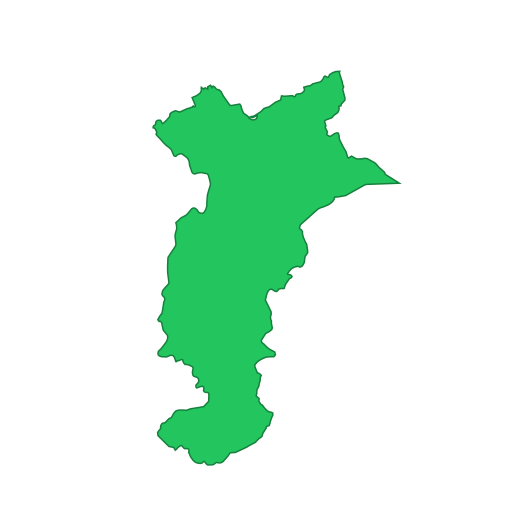 an SVG outline of Pakistan, rotated 157°
{"feature_id": "PAK", "entity_name": "Pakistan", "entity_type": "country or territory", "adm_level": 0, "iso_a3": "PAK", "parent_name": "Asia", "parent_adm1": "", "projection": "equal_earth", "projection_center": [69.806, 30.395], "detail": "fine", "context": "isolated", "style": "filled", "palette": "green", "viewbox_px": 512, "rotation_deg": 157, "n_neighbors": 0, "source": "natural_earth", "source_scale": "50m", "svg_char_len": 6133}
<svg xmlns="http://www.w3.org/2000/svg" viewBox="0 0 512 512"><g transform="rotate(157 256 256)"><path d="M410.5,114.6L416.4,128.9L415.6,131.9L413.5,133.3L411.4,134.3L410.9,134.9L410.8,135.7L409.8,137.2L407.8,138.6L406.2,138.4L405.1,138.0L399.6,140.3L397.1,140.3L395.1,141.8L393.6,143.1L390.7,144.6L388.6,144.6L385.6,143.7L381.9,142.0L380.4,141.1L379.0,141.1L375.8,140.9L368.7,139.1L363.0,137.8L356.4,140.7L354.3,145.1L353.6,146.7L353.2,147.8L353.6,149.2L355.8,150.2L356.8,151.5L356.9,152.7L355.5,154.9L355.5,155.7L355.9,156.6L356.4,157.2L359.6,157.6L361.5,157.6L362.3,157.9L362.4,159.1L361.7,160.6L359.0,161.9L357.5,163.2L357.1,165.0L357.1,166.3L357.7,167.3L360.2,169.6L360.6,170.5L360.5,171.9L360.0,173.8L357.6,177.5L357.6,178.0L357.8,178.9L360.3,181.8L362.2,183.3L363.4,183.7L363.8,184.0L364.3,185.7L364.4,187.5L364.0,188.8L365.0,189.9L367.5,189.8L369.6,190.3L370.4,189.8L371.1,190.2L370.7,194.1L371.1,196.5L371.6,197.1L373.7,198.1L377.6,198.0L382.5,200.3L383.9,201.7L384.6,202.8L384.4,204.5L383.1,206.4L379.5,207.8L372.9,211.5L370.9,213.0L369.4,214.9L368.8,216.3L368.5,217.7L370.0,222.7L370.3,224.3L368.9,231.7L369.4,233.1L370.8,233.6L371.3,235.7L368.8,237.7L366.3,239.4L365.5,239.4L363.1,242.7L359.0,249.4L356.9,251.6L356.6,253.8L357.4,255.7L357.6,257.3L356.7,258.9L355.2,260.7L352.2,262.3L348.4,264.0L346.7,265.0L343.8,275.2L341.8,280.2L338.3,287.6L337.4,289.2L326.1,296.7L325.1,298.1L322.9,305.5L321.9,307.6L318.3,312.1L317.1,315.6L316.8,317.9L310.2,320.4L305.1,320.8L303.0,321.4L296.7,324.6L295.1,324.7L293.9,324.2L293.0,323.1L292.1,321.3L291.7,318.6L290.5,317.3L288.9,316.3L287.2,316.2L285.4,317.4L283.9,318.7L281.9,321.0L280.0,325.1L276.9,331.1L273.4,335.5L271.4,337.8L270.3,339.2L269.6,340.6L268.8,345.2L268.3,349.2L268.5,350.2L269.0,350.9L273.7,354.1L277.2,355.2L280.2,355.4L281.4,356.2L282.0,357.3L282.2,358.3L281.7,365.3L280.6,369.2L280.6,371.4L281.1,373.6L284.4,379.1L285.7,379.7L288.2,379.8L289.4,379.7L290.7,379.1L291.6,379.5L292.3,380.2L292.4,381.3L292.4,386.9L293.4,389.4L295.4,392.8L297.0,396.7L298.5,401.4L299.9,405.1L300.5,407.0L299.6,407.9L299.0,408.9L298.9,410.2L299.1,411.5L299.0,412.5L299.7,413.7L300.5,414.0L300.4,414.9L299.2,415.9L298.1,415.9L297.2,416.4L295.6,418.7L294.8,419.1L293.7,419.3L292.6,419.1L290.9,418.2L290.5,416.8L290.6,415.3L290.3,414.4L289.1,414.5L285.0,416.1L281.1,418.0L279.5,420.6L277.7,421.1L275.1,421.3L273.3,421.1L270.0,418.3L261.0,418.5L259.6,418.0L258.3,418.3L256.5,417.8L255.8,418.5L255.1,418.6L254.5,417.4L254.1,417.2L253.6,417.4L253.2,417.8L253.0,418.6L252.9,426.8L248.1,426.8L243.8,427.8L241.4,429.8L241.1,431.4L240.4,432.6L239.4,430.8L238.8,430.0L238.1,430.6L237.0,430.6L235.2,428.5L234.3,430.6L231.2,431.0L230.8,429.5L230.8,428.1L229.1,429.1L227.9,427.5L227.3,425.3L226.3,424.1L225.0,423.3L223.9,421.0L223.8,418.6L223.5,415.8L221.2,405.1L219.8,404.1L211.6,402.2L211.2,400.4L211.8,395.4L211.6,392.2L209.0,388.1L208.3,385.2L206.2,382.7L204.1,382.0L201.9,382.3L200.8,383.3L200.1,384.9L204.7,384.6L205.8,385.2L207.0,386.3L205.7,386.2L204.1,385.7L202.2,385.7L195.1,387.0L190.9,388.7L185.3,388.2L178.2,389.9L172.4,390.0L170.0,393.4L168.7,392.8L167.6,392.0L159.7,389.3L159.1,388.2L157.8,387.4L156.3,388.8L155.3,389.1L150.9,387.9L147.5,388.8L146.3,390.3L146.1,392.7L142.0,392.2L139.6,391.5L136.4,392.3L129.3,391.2L127.4,391.5L124.8,393.0L123.6,394.3L122.1,394.7L120.8,393.0L119.8,392.3L118.8,392.8L117.5,394.2L113.8,394.8L110.4,394.6L106.8,393.3L107.3,392.9L107.9,390.6L108.6,382.4L109.3,379.5L109.1,377.9L109.3,377.4L110.7,376.0L111.1,375.4L112.4,366.6L113.1,365.0L113.7,364.5L118.2,362.5L119.0,361.1L121.3,361.4L121.5,361.1L121.7,359.5L122.8,357.8L124.3,356.4L125.4,355.9L129.5,355.0L131.8,353.7L132.5,353.6L138.8,353.9L140.1,353.4L140.3,353.0L140.8,348.4L141.9,347.6L142.1,347.2L141.8,344.0L142.0,341.8L143.3,340.6L143.3,339.8L142.4,338.3L141.2,337.3L140.6,337.1L135.5,338.0L133.4,337.7L132.4,337.2L132.2,336.7L132.4,335.8L132.5,334.3L133.3,331.9L133.6,330.5L133.1,322.3L132.4,316.8L133.0,311.5L132.9,310.3L132.7,310.1L132.1,310.1L129.0,310.6L126.4,307.1L124.8,305.7L120.4,304.0L118.4,303.7L115.6,302.2L110.4,295.6L109.4,293.5L108.3,289.8L105.0,282.9L105.1,281.1L104.7,280.0L95.6,267.0L125.9,278.6L128.0,279.0L149.9,276.6L158.0,278.5L160.5,279.5L162.0,277.6L163.9,276.4L166.5,275.4L169.1,274.9L175.2,274.9L177.1,275.2L180.6,275.0L202.4,267.6L203.5,266.8L204.6,265.4L205.2,264.1L203.9,262.1L203.7,260.3L204.6,258.1L205.1,254.7L205.1,249.8L204.8,247.0L206.1,241.8L207.1,238.9L210.5,236.7L211.1,236.1L211.7,235.4L213.9,231.4L215.9,229.6L217.8,228.5L219.8,228.6L221.6,230.2L225.0,230.8L228.3,230.4L231.1,229.2L232.4,228.3L233.9,227.5L233.9,226.5L232.2,225.7L231.2,224.6L230.8,223.2L231.8,222.3L234.0,222.1L239.6,218.6L241.8,216.4L242.4,215.3L243.5,215.2L245.6,216.3L248.0,216.6L249.6,215.6L251.1,215.3L252.6,216.5L253.4,217.8L254.8,219.5L256.5,219.8L258.6,218.9L260.7,217.0L264.6,211.8L263.9,198.7L264.9,196.2L266.3,194.6L267.2,192.2L267.2,190.0L268.1,188.2L269.1,183.3L270.4,182.1L273.1,181.3L277.3,180.9L284.1,176.3L284.5,174.2L283.2,171.9L281.5,167.6L280.0,165.0L276.3,160.3L276.7,157.5L278.8,156.3L283.9,158.3L285.3,158.7L287.1,159.0L291.7,158.9L295.6,158.2L299.5,156.4L300.3,154.5L300.4,148.1L298.9,146.5L298.1,145.0L297.8,143.9L298.8,143.3L299.7,142.1L300.7,140.0L302.8,137.4L304.2,135.1L307.3,132.6L308.5,130.4L309.0,129.1L310.1,127.8L310.5,127.0L310.2,126.2L309.0,124.2L309.0,123.2L310.1,121.2L309.5,117.6L308.4,116.3L307.7,113.3L306.6,110.2L306.0,109.0L304.9,107.5L302.6,105.9L301.9,104.8L302.8,102.8L304.3,101.5L307.2,98.4L308.8,96.2L310.2,94.7L312.1,95.0L313.2,94.8L314.1,93.4L316.0,92.2L319.4,89.7L320.6,87.9L322.4,87.1L323.8,86.9L325.9,86.3L329.5,84.7L336.7,84.1L339.1,83.7L351.7,83.2L356.2,84.8L356.9,84.8L359.9,82.9L366.5,79.7L367.7,79.4L369.4,79.4L370.9,80.0L373.3,81.5L376.4,80.6L378.2,81.0L382.1,82.5L382.7,83.3L383.8,87.0L384.5,87.3L386.6,86.5L388.5,86.9L390.5,88.1L391.9,89.3L392.8,90.5L393.7,92.5L394.6,96.1L394.7,101.6L394.0,102.5L393.5,103.6L393.7,104.7L394.3,105.5L396.8,106.4L397.4,107.2L398.4,110.3L399.0,110.8L400.4,110.8L403.0,110.1L405.2,109.0L406.2,108.8L406.5,111.8L407.9,112.9L410.5,114.6Z" fill="#22c55e" stroke="#15803d" stroke-width="1.5"/></g></svg>